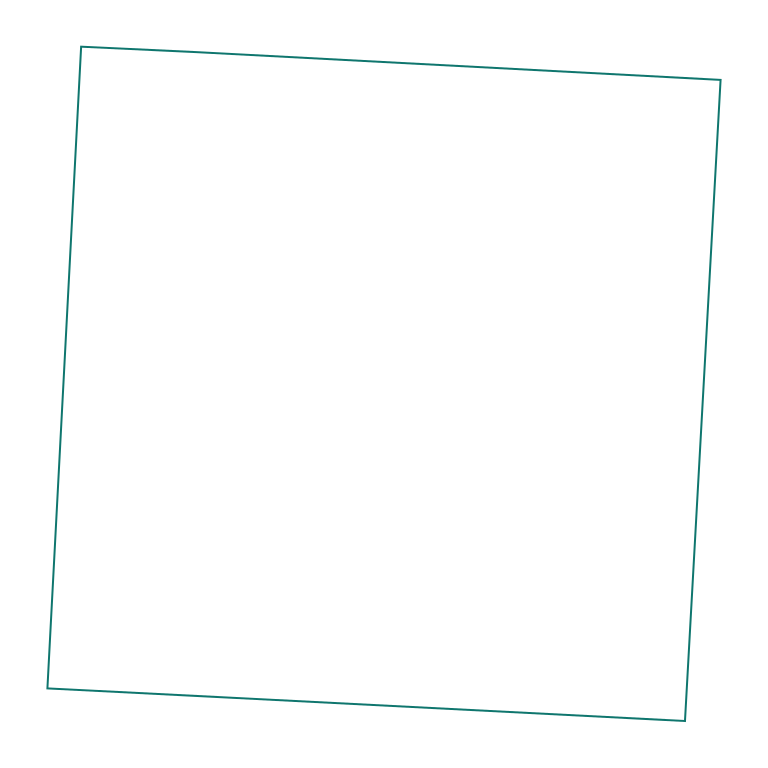 Briscoe, Texas, United States of America, rotated 183°
{"feature_id": "52423323B43262131750605", "entity_name": "Briscoe", "entity_type": "district", "adm_level": 2, "iso_a3": "USA", "parent_name": "United States of America", "parent_adm1": "Texas", "projection": "albers", "projection_center": [-101.151, 34.53], "detail": "fine", "context": "isolated", "style": "outline", "palette": "teal", "viewbox_px": 768, "rotation_deg": 183, "n_neighbors": 0, "source": "geoboundaries", "source_scale": "gbopen_adm2", "svg_char_len": 244}
<svg xmlns="http://www.w3.org/2000/svg" viewBox="0 0 768 768"><g transform="rotate(183 384 384)"><path d="M527.5,62.7L65.8,63.2L63.8,705.3L587.9,705.6L704.1,705.0L704.2,62.4L527.5,62.7Z" fill="none" stroke="#0f766e" stroke-width="2"/></g></svg>